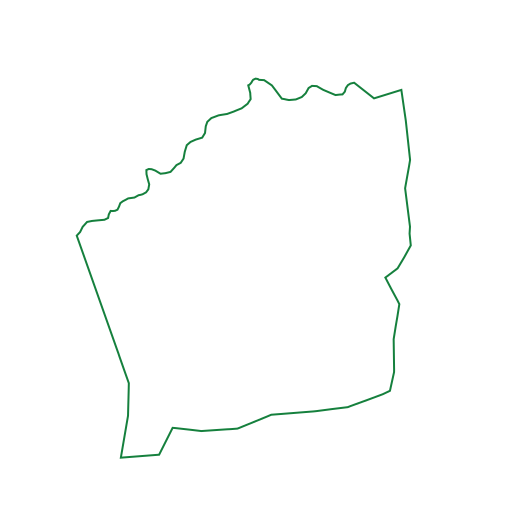 the district of San Mateo Yoloxochitlán, Oaxaca, Mexico, rotated 344°
{"feature_id": "50627088B14353503366896", "entity_name": "San Mateo Yoloxochitlán", "entity_type": "district", "adm_level": 2, "iso_a3": "MEX", "parent_name": "Mexico", "parent_adm1": "Oaxaca", "projection": "orthographic", "projection_center": [-96.869, 18.142], "detail": "fine", "context": "isolated", "style": "outline", "palette": "green", "viewbox_px": 512, "rotation_deg": 344, "n_neighbors": 0, "source": "geoboundaries", "source_scale": "gbopen_adm2", "svg_char_len": 2071}
<svg xmlns="http://www.w3.org/2000/svg" viewBox="0 0 512 512"><g transform="rotate(344 256 256)"><path d="M441.5,136.4L432.2,136.6L412.9,137.0L409.8,132.7L398.1,116.5L394.3,116.3L391.4,117.1L388.7,119.3L386.7,122.5L383.7,124.5L381.0,123.9L376.8,123.2L375.4,122.1L371.8,119.2L366.4,114.8L362.2,110.5L361.3,109.5L356.7,107.9L355.8,108.2L352.9,109.0L350.0,111.9L348.6,113.3L344.4,115.5L343.8,115.8L337.4,116.5L336.9,116.4L330.7,115.2L328.5,114.1L326.5,113.0L324.2,111.9L321.1,103.7L320.5,102.1L318.3,96.4L317.3,95.2L312.3,89.2L307.5,87.5L306.6,86.4L304.5,85.4L301.9,85.8L300.7,86.7L299.3,88.1L297.1,89.5L295.6,89.8L295.4,97.7L295.1,98.9L294.1,103.7L293.8,104.0L291.5,105.9L290.0,107.3L282.9,110.1L280.8,110.3L276.1,110.8L274.7,111.0L268.8,111.4L267.4,111.5L260.9,110.7L258.7,110.5L253.9,110.9L251.1,111.1L246.2,113.6L243.5,117.4L240.9,123.7L236.9,127.4L230.2,127.5L224.5,128.3L220.0,130.4L216.3,136.1L213.2,142.4L209.3,145.7L204.6,146.7L201.7,148.7L197.0,151.6L191.7,151.4L186.9,150.6L182.7,146.1L179.6,143.8L176.9,142.8L174.3,143.2L173.3,147.2L173.1,152.5L173.1,157.7L170.9,162.2L167.9,164.5L164.0,165.4L162.0,165.4L159.9,165.2L155.3,166.3L149.0,165.4L146.5,166.0L143.0,166.7L140.1,167.8L137.9,170.8L135.6,173.3L133.0,173.7L130.7,173.3L128.7,172.6L126.0,175.4L124.3,178.7L120.3,179.4L113.0,178.0L108.0,177.1L103.0,176.7L97.4,180.2L93.5,184.5L89.3,187.0L96.7,309.0L96.9,312.0L97.0,314.8L97.9,330.2L98.7,343.2L97.0,348.7L94.3,357.3L91.8,365.2L89.1,373.8L88.9,374.4L70.5,412.6L108.1,420.3L128.5,398.2L131.1,399.2L145.2,405.0L155.2,409.2L179.9,414.5L184.2,415.5L190.6,416.8L192.8,416.6L197.3,416.1L222.0,413.4L226.9,412.8L229.9,413.4L236.7,414.8L268.7,421.3L271.6,421.8L286.9,424.1L298.2,425.9L302.6,426.6L305.5,426.3L314.3,425.7L324.4,425.0L339.8,423.8L347.6,422.5L356.7,405.7L357.4,403.4L365.4,373.9L371.2,361.5L375.4,352.8L380.5,341.8L379.8,338.0L377.0,325.2L374.4,312.4L388.7,306.9L398.0,298.2L407.7,288.5L409.8,276.8L412.1,270.3L413.0,264.4L418.0,232.0L419.6,228.7L427.9,211.8L430.6,206.1L437.3,167.2L441.5,136.4Z" fill="none" stroke="#15803d" stroke-width="2"/></g></svg>